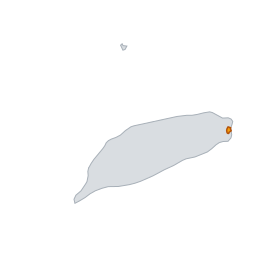 Keelung City on a map of Taiwan (Equal Earth projection), rotated 53°
{"feature_id": "TWN-1164", "entity_name": "Keelung City", "entity_type": "Provincial City", "adm_level": 1, "iso_a3": "TWN", "parent_name": "Taiwan", "parent_adm1": "", "projection": "equal_earth", "projection_center": [121.703, 25.114], "detail": "fine", "context": "in_parent", "style": "filled", "palette": "amber", "viewbox_px": 256, "rotation_deg": 53, "n_neighbors": 0, "source": "natural_earth", "source_scale": "10m", "svg_char_len": 1265}
<svg xmlns="http://www.w3.org/2000/svg" viewBox="0 0 256 256"><g transform="rotate(53 128 128)"><path d="M162.9,179.1L160.4,185.3L158.5,191.8L157.7,197.9L157.7,204.3L157.1,210.0L156.2,215.7L152.4,214.0L150.3,210.0L149.9,203.3L147.1,195.3L146.1,193.0L142.1,188.5L138.5,186.2L135.7,182.9L136.1,183.2L134.1,178.7L132.5,174.0L129.3,160.5L128.2,157.2L126.7,154.3L126.3,151.3L126.8,148.1L128.3,143.2L129.1,138.3L128.5,131.6L128.8,125.0L129.8,122.0L148.3,81.9L153.3,73.3L156.4,69.2L158.9,64.4L161.4,58.5L164.3,53.0L166.5,51.3L177.0,46.5L180.2,41.8L182.9,40.3L185.8,40.4L187.7,42.7L189.4,45.3L191.2,46.7L195.9,49.3L197.9,51.8L198.8,56.1L196.0,60.2L194.6,63.9L194.4,67.9L194.9,73.4L194.9,79.0L191.4,92.0L187.6,100.1L186.6,104.1L185.4,114.1L183.2,124.2L181.2,137.0L178.1,150.1L176.3,155.6L174.1,160.9L168.9,170.9L162.9,179.1ZM61.9,79.6L63.5,83.1L62.8,85.2L57.4,84.1L57.2,82.0L59.2,82.4L61.9,79.6Z" fill="#d9dde1" stroke="#a8b0b8" stroke-width="1"/><path d="M189.5,45.9L189.7,46.1L189.9,46.3L190.1,46.6L190.7,46.8L192.3,47.3L192.3,49.5L192.3,50.0L192.9,50.7L192.8,51.1L192.4,51.5L191.8,51.7L191.1,51.6L189.5,50.8L189.1,50.4L188.5,49.8L188.1,49.2L187.9,48.6L187.4,47.9L187.4,47.4L187.8,47.0L188.9,46.4L189.5,45.9Z" fill="#f59e0b" stroke="#b45309" stroke-width="1.5"/></g></svg>